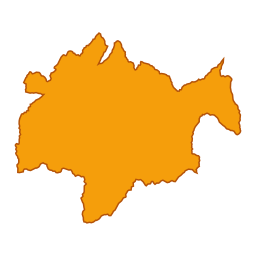 outline of Angaraes, Huancavelica, Peru
{"feature_id": "86281439B42850233114855", "entity_name": "Angaraes", "entity_type": "district", "adm_level": 2, "iso_a3": "PER", "parent_name": "Peru", "parent_adm1": "Huancavelica", "projection": "natural_earth1", "projection_center": [-74.625, -13.058], "detail": "fine", "context": "isolated", "style": "filled", "palette": "amber", "viewbox_px": 256, "rotation_deg": 0, "n_neighbors": 0, "source": "geoboundaries", "source_scale": "gbopen_adm2", "svg_char_len": 5671}
<svg xmlns="http://www.w3.org/2000/svg" viewBox="0 0 256 256"><path d="M92.8,40.3L90.1,43.8L89.3,44.1L88.8,45.2L88.4,45.6L87.5,45.4L86.4,45.7L85.8,47.3L84.1,47.9L83.7,49.0L82.6,50.3L82.8,52.3L82.3,52.7L82.3,53.3L80.8,54.3L80.0,55.9L79.1,55.7L78.2,54.8L76.3,55.2L74.9,53.9L74.6,53.3L73.6,53.3L72.6,52.2L72.6,51.8L71.7,51.3L70.3,51.0L69.0,51.2L68.0,51.9L66.3,55.5L65.2,55.6L63.8,54.8L62.9,55.2L61.1,57.2L57.7,64.2L55.6,66.1L54.8,66.6L54.3,67.3L54.3,68.2L55.9,69.2L55.6,70.3L53.5,72.2L51.1,73.1L50.6,74.8L50.0,75.7L51.1,78.5L50.4,80.3L49.7,80.4L47.6,81.6L46.7,81.3L46.3,80.7L46.1,79.3L44.8,77.3L43.3,76.1L41.4,75.8L40.1,73.4L39.2,72.5L36.3,72.2L34.0,73.4L32.3,73.8L30.9,72.1L30.0,71.8L28.9,73.2L28.6,74.2L27.6,74.8L26.8,75.9L26.9,76.8L26.0,77.5L23.7,82.5L24.6,83.4L26.0,83.9L26.1,85.5L25.9,86.3L26.1,87.6L26.0,88.7L25.5,89.5L25.8,90.9L25.7,91.9L30.1,93.1L32.2,92.8L33.5,93.1L36.1,92.6L39.0,93.5L40.4,93.5L42.2,94.5L43.7,94.5L41.3,97.1L40.4,97.5L39.6,98.5L35.8,100.2L34.5,101.8L33.1,102.6L31.5,104.1L30.3,104.3L30.4,106.5L28.8,107.2L28.3,107.9L28.5,110.6L27.5,110.5L26.7,111.0L26.1,112.5L24.4,112.4L23.4,113.9L22.2,113.8L21.5,114.3L19.7,118.6L19.2,120.9L19.1,124.1L19.5,125.1L19.6,126.9L19.0,128.1L20.1,129.5L19.7,132.4L20.6,134.5L19.3,136.0L19.6,137.7L19.2,139.6L19.2,142.9L18.7,144.1L18.0,144.3L17.1,143.7L16.4,143.7L15.4,145.0L15.5,145.9L16.5,147.3L15.8,149.2L16.7,151.0L16.5,152.3L15.9,152.8L15.8,153.4L16.4,154.9L17.4,156.0L18.0,158.2L18.7,159.0L18.8,162.3L18.3,163.6L17.0,164.9L17.1,166.5L17.9,168.2L17.8,172.4L19.4,172.6L23.3,171.8L23.4,170.3L24.3,169.1L26.7,169.0L27.9,169.9L30.3,170.5L31.0,170.3L35.7,168.0L36.7,168.1L38.4,167.2L39.2,166.5L40.5,164.0L43.1,162.8L43.9,163.4L46.9,164.5L46.9,165.8L48.2,168.9L49.8,170.0L52.0,170.4L52.9,171.2L54.9,171.2L56.1,172.6L57.9,172.8L58.8,172.3L60.0,172.3L61.1,171.4L61.8,169.0L63.0,168.3L63.9,168.3L69.1,170.1L70.1,169.7L70.7,169.8L72.0,171.4L72.7,173.4L74.2,174.4L75.4,176.2L77.9,175.1L79.7,175.6L81.3,176.8L83.0,176.5L84.1,177.2L84.8,179.8L84.1,181.6L85.1,182.8L85.9,183.3L86.2,184.0L84.3,185.9L84.2,191.5L83.8,192.9L82.4,194.3L82.9,195.9L82.8,196.5L81.0,198.1L82.6,202.3L83.4,203.5L84.1,208.0L84.5,209.2L84.4,209.8L83.3,210.9L82.7,212.0L82.3,214.3L83.3,217.5L83.4,219.9L84.0,221.9L85.6,222.1L86.9,222.9L89.6,222.3L91.3,222.7L93.5,222.0L95.8,220.2L96.4,220.4L97.6,219.9L99.4,218.7L101.4,215.9L104.3,214.6L105.7,214.7L107.7,214.2L109.1,215.6L110.8,215.6L112.8,212.6L113.3,211.4L115.1,210.0L118.6,203.4L121.5,200.9L123.4,197.9L125.6,197.2L126.0,196.7L125.7,194.4L127.8,190.8L128.7,190.2L131.1,190.0L131.5,186.9L133.4,186.2L133.2,182.8L135.1,181.4L135.9,179.4L138.9,180.0L140.3,179.6L140.9,179.8L143.1,181.7L145.5,185.4L146.3,185.8L147.8,184.1L150.3,183.8L150.7,183.3L151.1,182.2L152.0,181.4L152.9,181.6L154.0,183.4L155.0,184.3L156.6,183.1L158.5,183.1L159.4,182.7L161.1,180.9L162.9,180.2L167.2,182.6L169.2,182.2L170.4,181.3L172.0,180.6L173.9,181.5L175.3,181.6L178.5,177.0L180.9,175.3L183.2,173.0L184.3,172.4L185.2,170.8L188.5,169.2L192.4,169.6L194.5,172.0L196.9,173.0L196.5,172.0L196.6,170.7L196.1,169.8L197.5,167.7L199.3,166.3L199.1,165.9L199.2,163.8L198.9,162.8L199.7,160.3L199.2,159.0L199.5,157.1L198.5,155.8L196.7,155.5L194.6,154.1L192.3,153.8L191.8,153.1L192.0,152.1L191.7,150.0L192.6,149.0L191.6,147.5L191.8,146.6L191.7,144.9L192.0,144.2L191.3,142.5L192.1,141.1L192.3,138.2L191.7,136.8L193.1,134.1L193.3,133.3L192.8,132.4L194.0,130.1L194.2,128.9L195.3,126.7L199.2,121.8L199.2,118.9L200.3,116.5L202.1,115.7L202.5,114.5L204.2,114.8L205.1,114.0L207.0,113.2L208.6,113.8L210.2,115.1L212.2,114.7L214.3,115.1L217.4,117.8L218.2,119.1L219.4,122.1L223.4,125.7L224.6,126.4L226.6,128.8L229.2,129.5L230.6,130.5L232.1,130.5L234.0,131.2L235.7,133.8L237.1,134.7L238.0,134.4L239.4,133.4L240.4,131.9L240.6,130.7L240.2,129.8L240.2,128.7L239.7,127.6L239.9,126.3L239.6,124.7L238.8,122.8L240.2,120.1L240.0,118.8L240.4,115.0L239.1,112.7L239.7,111.1L238.2,109.2L237.9,108.2L238.0,107.2L237.5,105.7L236.4,104.5L235.2,103.9L235.1,103.3L233.6,101.1L233.0,99.5L232.5,94.6L231.1,91.7L230.4,87.6L230.7,81.9L231.7,80.1L231.8,79.1L230.5,77.4L228.7,76.0L227.2,75.8L225.0,76.8L223.1,75.7L221.7,76.4L220.6,75.6L220.4,74.5L219.8,70.2L221.1,68.9L221.5,66.0L223.2,62.7L223.5,59.0L221.3,61.7L220.7,63.1L218.1,65.1L217.4,67.1L214.5,67.7L211.5,69.4L210.8,71.7L208.3,73.4L207.2,75.0L206.0,75.6L205.0,77.0L204.5,78.6L203.5,79.0L202.7,78.9L200.0,80.0L198.7,79.2L197.5,80.6L195.4,81.7L193.9,82.0L192.0,81.8L190.1,83.4L186.9,84.1L185.5,85.1L184.4,85.1L182.1,87.3L181.6,89.1L181.1,89.8L179.7,89.7L179.3,91.1L177.4,91.2L176.4,90.0L175.8,89.8L175.3,89.0L174.5,88.5L173.0,86.6L172.5,85.1L171.9,84.5L171.9,82.5L170.9,81.2L170.6,79.4L170.0,78.3L169.3,76.2L167.2,75.7L166.4,74.8L164.4,74.0L161.4,73.5L159.9,73.8L159.4,73.1L159.2,71.7L158.8,71.3L157.1,70.0L154.8,69.4L153.8,67.2L152.8,66.8L152.0,65.8L150.5,65.6L148.9,64.2L143.7,62.9L142.2,61.9L140.9,61.6L140.6,62.2L140.6,64.4L140.1,65.2L138.5,65.1L137.9,67.0L136.9,68.0L136.8,69.0L135.6,69.9L135.0,69.8L133.8,67.5L134.1,65.8L133.2,63.1L130.6,61.8L128.8,62.0L128.0,61.1L127.7,59.7L126.9,59.0L126.2,57.4L125.3,56.9L125.2,55.4L125.4,54.6L125.1,53.6L125.3,52.0L123.9,50.9L122.6,48.2L121.8,47.6L121.4,44.6L120.5,42.8L119.9,41.9L117.9,40.8L116.4,41.4L115.5,42.6L114.4,43.0L114.4,45.6L113.3,48.9L112.7,49.3L112.2,50.8L112.0,52.3L109.9,54.6L109.0,56.9L106.6,59.4L104.0,61.2L103.4,62.1L102.1,63.2L100.7,63.6L99.8,63.3L98.4,64.1L100.4,60.1L101.3,57.6L102.8,55.7L104.0,52.3L105.3,51.6L107.7,46.2L105.5,45.2L104.8,43.2L104.8,41.2L103.7,39.0L102.9,37.9L101.9,37.5L101.3,36.7L100.7,35.2L100.6,34.1L99.1,33.1L98.7,33.2L98.3,34.0L97.4,34.5L95.7,36.5L94.7,39.0L93.0,39.3L92.8,40.3Z" fill="#f59e0b" stroke="#b45309" stroke-width="1.5"/></svg>